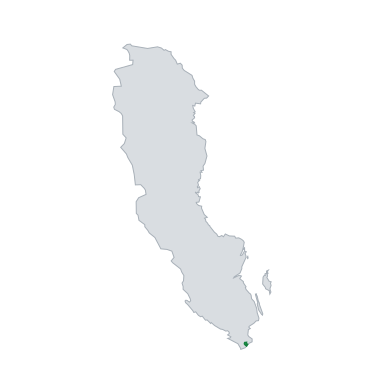 Skurup, Skåne, Sweden shown in context, rotated 325°
{"feature_id": "70781695B43697052539522", "entity_name": "Skurup", "entity_type": "district", "adm_level": 2, "iso_a3": "SWE", "parent_name": "Sweden", "parent_adm1": "Skåne", "projection": "mercator", "projection_center": [13.579, 55.488], "detail": "fine", "context": "in_parent", "style": "filled", "palette": "green", "viewbox_px": 384, "rotation_deg": 325, "n_neighbors": 0, "source": "geoboundaries", "source_scale": "gbopen_adm2", "svg_char_len": 4205}
<svg xmlns="http://www.w3.org/2000/svg" viewBox="0 0 384 384"><g transform="rotate(325 192 192)"><path d="M125.8,278.1L126.7,280.7L128.5,280.4L129.3,278.5L130.2,272.9L128.9,266.6L130.5,264.4L131.6,260.9L134.1,259.9L137.4,255.8L137.7,251.6L138.5,248.5L135.6,238.9L135.4,236.5L139.8,235.3L141.6,228.9L138.6,224.7L133.9,220.7L135.5,208.0L133.5,201.0L133.8,198.0L133.4,193.5L134.6,191.6L132.3,184.8L134.5,180.0L134.1,177.6L140.7,167.9L145.0,166.1L153.0,167.6L154.9,163.7L155.0,161.6L154.2,156.6L149.7,153.7L154.6,144.7L158.5,135.8L159.2,127.0L160.1,123.2L159.2,114.5L164.4,113.5L169.1,109.9L168.5,105.0L178.8,89.9L179.1,87.2L178.4,84.5L175.9,79.8L176.6,77.6L179.4,76.3L180.7,74.2L182.8,66.7L188.5,60.8L194.8,64.8L197.5,58.1L197.4,48.7L199.7,47.7L216.5,53.6L219.3,50.2L216.5,48.3L219.3,44.5L220.2,42.1L220.5,39.4L220.4,37.9L218.0,34.3L223.4,33.9L226.3,35.5L226.5,37.7L237.9,48.9L247.0,53.3L249.5,56.5L250.4,59.9L251.9,60.1L253.5,63.3L255.3,65.1L253.8,67.3L253.8,72.3L254.2,74.6L253.3,78.8L256.3,79.8L256.7,82.4L255.1,85.0L255.3,87.9L258.9,96.5L258.0,99.3L257.7,102.7L255.9,105.3L255.6,107.9L255.9,111.3L256.4,112.9L258.1,114.0L260.7,122.9L257.9,123.5L255.8,122.3L250.8,123.4L249.6,124.7L245.8,121.2L243.6,123.2L242.2,121.5L241.0,124.3L240.6,128.2L238.9,127.9L239.5,129.4L237.1,129.9L236.9,130.5L237.4,131.5L236.7,132.7L233.4,133.1L232.9,134.3L233.8,135.8L233.8,136.8L231.7,135.4L233.1,138.2L233.4,140.2L228.8,148.1L230.3,150.2L231.5,154.7L232.9,156.6L232.3,158.7L227.6,163.6L224.9,171.1L219.0,176.0L215.9,177.2L213.9,180.7L211.6,179.6L211.5,181.6L210.0,180.4L208.7,183.4L206.6,186.0L204.3,185.6L204.1,186.0L204.8,186.8L202.1,187.4L201.3,190.1L199.3,190.8L199.0,191.7L201.0,191.8L200.6,194.0L198.3,195.1L197.5,196.5L196.5,196.4L196.7,195.4L195.2,195.4L194.7,194.2L194.4,194.5L195.4,198.0L194.7,199.5L196.1,200.8L191.9,204.2L189.5,202.9L189.1,204.0L189.7,206.9L191.8,209.2L190.5,210.7L189.1,217.5L190.0,221.5L187.2,220.6L187.4,222.2L186.5,223.9L186.9,226.5L186.6,228.2L187.2,229.8L186.9,230.5L187.3,237.7L188.1,240.7L187.8,243.1L188.9,244.4L191.4,244.7L192.1,246.7L195.2,245.5L197.4,249.4L201.6,252.7L201.3,254.8L204.0,256.4L205.5,259.3L206.1,261.7L205.9,263.2L201.8,267.2L198.6,269.8L195.3,271.5L195.5,272.1L197.1,272.4L201.1,270.5L202.2,272.1L200.1,272.9L199.6,275.2L198.7,276.6L189.9,281.8L188.8,283.4L184.9,285.9L177.9,285.7L176.8,286.3L182.9,287.3L184.3,289.2L181.4,290.4L182.7,294.8L182.0,295.9L181.9,300.7L180.9,300.8L180.4,302.8L180.9,307.7L181.4,309.0L181.2,310.4L179.6,313.6L180.1,317.4L178.2,324.4L176.1,328.4L174.5,333.7L172.7,335.5L170.6,334.4L167.4,335.0L161.7,334.8L161.0,335.4L161.4,337.3L159.3,337.0L155.7,341.1L155.6,343.0L157.0,346.8L155.3,349.2L151.4,348.6L146.3,350.1L141.7,348.9L142.2,347.6L142.6,342.6L137.3,332.4L139.8,333.4L140.8,332.9L139.2,329.5L141.4,329.3L142.0,328.1L141.6,326.1L139.9,325.3L138.3,322.2L136.7,320.6L133.9,314.3L132.9,310.0L131.9,310.4L131.0,305.5L129.5,304.7L129.2,299.6L127.5,299.1L126.5,296.7L126.3,292.3L124.4,291.7L124.6,289.6L123.9,281.6L123.3,279.1L123.8,277.3L124.9,277.1L125.8,278.1ZM207.1,302.4L206.2,302.8L205.7,304.2L204.3,304.9L204.0,309.3L205.3,311.0L204.0,311.7L203.1,314.0L200.7,315.6L199.8,317.1L199.3,319.2L197.2,320.3L198.7,317.1L196.8,313.5L197.3,312.2L197.1,307.9L201.4,302.5L203.3,301.8L204.2,302.4L204.6,301.1L205.2,300.8L207.1,302.4ZM180.1,332.4L179.1,333.3L178.8,332.0L178.9,327.1L181.2,321.1L182.2,320.7L185.1,312.6L185.4,312.0L186.4,312.5L185.7,313.3L185.7,314.7L183.9,319.0L183.4,321.8L182.8,322.5L180.1,332.4ZM207.9,300.6L207.7,301.9L206.7,300.9L207.7,299.5L209.7,299.8L207.9,300.6ZM203.1,267.8L201.7,269.9L201.4,269.0L201.7,268.0L203.1,267.8ZM200.1,278.3L199.4,278.4L199.9,277.0L200.8,276.7L200.1,278.3Z" fill="#d9dde1" stroke="#a8b0b8" stroke-width="1"/><path d="M150.4,346.4L150.2,346.3L149.9,346.1L149.5,346.1L149.3,346.0L149.1,345.9L149.0,345.6L148.7,345.6L148.4,346.0L148.2,346.1L147.9,346.3L147.8,346.5L147.8,346.8L147.8,347.0L148.0,347.1L148.1,347.3L148.2,347.7L148.0,347.8L147.9,348.1L148.2,348.3L148.2,348.7L148.3,349.4L148.9,349.3L149.2,349.1L149.7,348.7L149.9,348.6L150.1,348.6L150.0,348.3L149.8,348.0L149.8,347.6L149.9,347.3L150.0,347.1L150.1,346.7L150.4,346.4Z" fill="#22c55e" stroke="#15803d" stroke-width="1.5"/></g></svg>